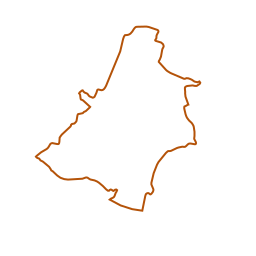 an SVG outline of Mambéré-Kadéï, rotated 318°
{"feature_id": "CAF-801", "entity_name": "Mambéré-Kadéï", "entity_type": "Prefecture", "adm_level": 1, "iso_a3": "CAF", "parent_name": "Central African Republic", "parent_adm1": "", "projection": "natural_earth1", "projection_center": [15.964, 4.523], "detail": "fine", "context": "isolated", "style": "outline", "palette": "amber", "viewbox_px": 256, "rotation_deg": 318, "n_neighbors": 0, "source": "natural_earth", "source_scale": "10m", "svg_char_len": 3332}
<svg xmlns="http://www.w3.org/2000/svg" viewBox="0 0 256 256"><g transform="rotate(318 128 128)"><path d="M71.9,161.9L71.1,161.1L70.7,158.9L70.5,154.2L69.8,149.2L69.2,147.0L68.1,144.6L65.6,141.1L65.2,140.0L64.7,137.9L64.2,137.1L63.4,136.5L60.2,135.2L48.9,126.2L46.4,123.3L44.5,119.8L43.6,115.9L43.1,109.7L42.6,108.3L42.7,107.7L43.0,106.8L43.3,104.8L43.4,104.0L42.3,96.2L42.0,95.2L41.6,94.4L41.3,93.5L41.5,91.3L41.1,90.5L40.7,89.8L40.4,88.9L40.4,87.7L41.4,87.6L47.2,87.9L53.5,89.2L55.1,89.2L56.5,88.9L59.0,88.1L59.8,87.9L60.7,88.1L61.6,88.5L64.3,92.1L65.1,93.0L65.5,93.3L66.0,93.4L66.6,93.2L67.8,92.3L70.8,89.4L72.8,88.9L74.5,88.6L86.2,88.4L87.3,88.0L87.7,87.6L88.2,87.5L89.0,87.5L90.7,88.5L91.0,88.7L91.5,88.8L93.6,88.6L94.0,88.5L94.6,88.2L99.0,84.7L99.8,84.4L100.2,84.3L100.6,84.5L101.5,85.1L104.3,86.7L105.9,86.6L106.4,86.7L106.8,86.8L107.5,87.1L108.1,87.2L113.5,87.1L114.0,87.0L113.1,77.8L112.9,76.9L112.6,76.3L112.3,75.8L112.1,75.3L112.3,74.7L112.6,74.2L114.6,71.3L114.8,70.6L114.9,70.0L114.8,69.6L115.2,69.4L116.0,69.2L118.2,69.3L119.1,69.4L119.5,69.7L119.3,71.3L119.4,72.0L119.5,72.7L120.4,74.5L120.7,75.3L120.7,75.9L120.7,76.5L120.6,76.9L120.5,77.5L120.5,77.9L120.6,78.6L120.8,79.3L122.1,81.9L122.9,82.3L124.1,82.4L128.1,80.7L130.1,79.5L130.8,79.2L131.6,79.4L132.0,79.9L132.9,81.2L133.5,82.1L134.6,82.8L136.0,83.0L137.8,82.7L140.1,81.9L173.4,65.9L183.9,58.6L186.3,57.3L187.9,57.0L189.7,58.4L191.0,59.1L192.9,59.5L195.7,59.2L198.5,58.4L200.2,58.1L201.4,58.2L202.3,58.7L209.5,64.9L211.0,66.8L215.6,75.0L215.6,75.8L215.3,76.5L214.7,77.0L212.1,77.9L211.1,78.4L210.4,79.0L209.4,80.0L208.9,80.4L208.5,80.5L207.4,80.7L207.2,80.8L206.9,81.0L206.8,81.5L206.9,81.8L209.8,86.6L210.1,89.0L209.9,89.7L209.6,90.5L209.1,91.2L208.4,91.6L207.7,91.9L207.2,92.0L206.5,92.3L205.7,92.8L200.3,97.0L197.4,98.4L196.1,98.8L195.6,99.0L195.1,99.5L195.1,110.2L195.3,111.9L196.2,115.0L196.8,116.5L202.5,128.8L203.2,129.5L204.8,130.1L206.1,131.5L207.1,133.4L207.8,135.1L208.4,137.7L208.8,138.5L210.0,140.1L210.2,140.5L210.6,140.6L212.2,141.2L212.0,142.7L211.5,143.0L210.7,143.2L207.3,142.7L207.0,142.5L206.5,142.1L205.4,140.9L204.9,140.1L204.4,139.5L200.1,136.4L199.3,136.1L198.5,135.9L197.8,135.9L197.2,136.2L196.4,137.1L194.6,139.5L193.7,140.4L191.7,143.2L188.5,151.0L187.9,150.7L185.8,150.3L184.3,149.8L183.7,150.2L182.8,151.2L180.0,156.3L179.2,158.2L178.8,159.5L178.6,160.7L178.4,163.3L178.7,166.8L178.6,167.8L178.4,168.9L178.2,169.9L177.6,171.2L174.9,175.3L172.1,178.4L170.5,179.8L170.1,180.2L169.8,180.7L169.1,183.5L168.8,184.2L168.4,184.8L167.9,185.1L167.4,185.2L166.7,184.7L164.2,181.5L163.4,180.8L162.5,180.3L161.6,180.2L158.9,180.3L158.0,180.2L157.3,179.8L156.8,179.3L156.3,178.7L155.6,178.1L152.5,176.3L150.9,175.6L144.8,173.8L144.2,173.5L143.6,173.1L143.1,172.6L142.6,172.2L142.0,171.9L141.0,171.9L139.5,171.9L127.9,173.7L125.0,174.7L116.8,178.8L108.7,184.4L107.6,185.6L105.9,190.4L105.5,191.0L104.7,191.6L103.7,192.1L101.7,192.5L100.7,192.5L100.1,192.2L99.7,190.2L99.4,189.9L99.1,189.6L98.6,189.3L98.0,189.2L97.3,189.1L96.3,189.5L94.9,190.4L83.7,198.7L83.3,199.0L82.6,198.2L76.8,191.1L70.7,180.6L66.5,169.0L67.7,169.0L70.0,169.7L71.2,169.9L72.6,169.5L75.4,168.0L76.9,167.6L78.3,166.9L78.2,166.0L77.3,165.3L76.2,165.1L75.2,165.1L74.8,164.5L74.6,163.4L74.1,162.2L73.0,161.8L71.9,161.9Z" fill="none" stroke="#b45309" stroke-width="2"/></g></svg>